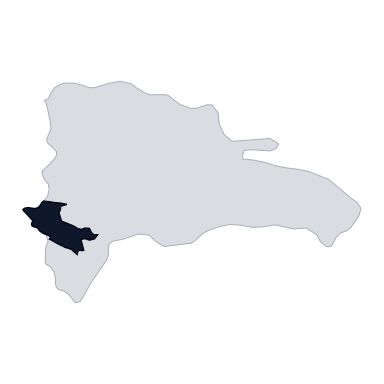 where Independencia sits in Dominican Republic
{"feature_id": "DOM-1971", "entity_name": "Independencia", "entity_type": "Province", "adm_level": 1, "iso_a3": "DOM", "parent_name": "Dominican Republic", "parent_adm1": "", "projection": "mercator", "projection_center": [-71.641, 18.41], "detail": "fine", "context": "in_parent", "style": "filled", "palette": "ink", "viewbox_px": 384, "rotation_deg": 0, "n_neighbors": 0, "source": "natural_earth", "source_scale": "10m", "svg_char_len": 2203}
<svg xmlns="http://www.w3.org/2000/svg" viewBox="0 0 384 384"><path d="M45.3,263.7L45.7,247.8L48.1,241.3L45.9,234.5L35.7,227.2L29.4,217.8L23.9,209.6L25.2,208.4L36.2,208.0L40.1,204.9L47.6,196.4L49.1,189.6L48.5,184.4L43.6,178.2L41.7,171.7L47.7,166.0L55.5,157.7L56.6,154.5L56.4,151.4L47.3,142.6L46.7,138.8L50.9,129.3L50.5,123.0L46.3,103.3L44.3,100.4L48.3,98.7L51.0,92.9L54.6,87.6L59.3,84.8L64.7,83.0L75.3,83.2L90.1,87.7L94.3,87.7L108.5,83.5L120.2,81.2L131.3,83.8L135.8,87.4L144.9,93.0L149.5,94.8L163.9,94.6L167.9,95.2L180.0,104.5L190.2,108.2L196.1,108.4L206.8,104.8L212.0,104.9L218.1,112.9L219.3,124.3L224.3,134.7L232.1,141.3L270.2,138.5L278.7,144.0L275.8,148.5L270.4,150.9L252.3,149.8L244.3,150.3L242.7,154.8L242.7,159.0L253.3,160.0L263.7,162.1L274.3,165.4L285.1,167.7L297.2,169.2L309.2,171.6L329.1,179.7L351.2,198.2L357.1,202.4L361.0,208.2L359.1,215.4L351.2,227.1L346.8,230.8L340.3,233.1L335.8,237.9L331.5,246.0L328.9,246.7L325.8,246.4L320.5,241.8L316.7,234.7L306.1,228.0L293.5,228.9L274.9,224.9L263.6,226.8L252.3,227.3L240.8,225.2L229.2,224.5L217.6,227.1L206.4,231.3L202.2,234.0L195.0,240.7L191.2,243.2L163.9,246.5L156.0,241.6L148.7,235.0L138.2,234.1L123.0,239.2L113.4,241.1L109.6,243.3L108.4,245.8L108.4,255.1L106.2,260.8L91.4,282.1L83.0,297.1L79.6,301.8L75.6,302.8L68.3,294.1L63.6,291.0L57.8,289.4L55.4,284.8L55.5,278.3L54.0,272.0L50.4,267.0L45.3,263.7Z" fill="#d9dde1" stroke="#a8b0b8" stroke-width="1"/><path d="M43.1,201.5L43.7,201.1L48.9,201.7L55.1,202.7L61.0,203.2L66.8,204.4L63.8,205.3L60.8,206.2L60.4,207.3L60.5,208.5L59.9,210.7L58.9,212.7L61.5,221.2L70.9,224.9L74.4,226.5L77.8,228.6L81.3,229.5L84.9,228.1L89.3,228.4L91.6,232.9L94.2,235.0L97.5,234.8L94.5,238.8L89.6,240.1L85.0,238.6L80.9,239.4L82.3,245.0L83.7,250.3L81.6,250.6L79.2,250.0L77.6,251.8L77.2,254.4L74.4,252.1L71.8,249.6L68.6,248.3L65.2,247.4L57.4,243.5L49.8,239.2L49.6,239.2L50.7,237.2L50.5,236.9L49.7,236.1L48.3,235.3L43.4,233.4L39.9,231.1L39.2,230.2L37.8,228.1L37.0,227.5L33.4,226.6L32.0,225.8L31.5,224.0L31.8,222.9L32.5,222.5L33.0,222.0L32.8,220.5L32.2,219.6L23.9,211.1L23.0,209.5L24.6,208.3L28.0,207.6L35.0,208.8L38.5,207.6L39.7,206.3L41.6,203.1L42.9,201.7L43.1,201.5Z" fill="#0f172a" stroke="#020617" stroke-width="1.5"/></svg>